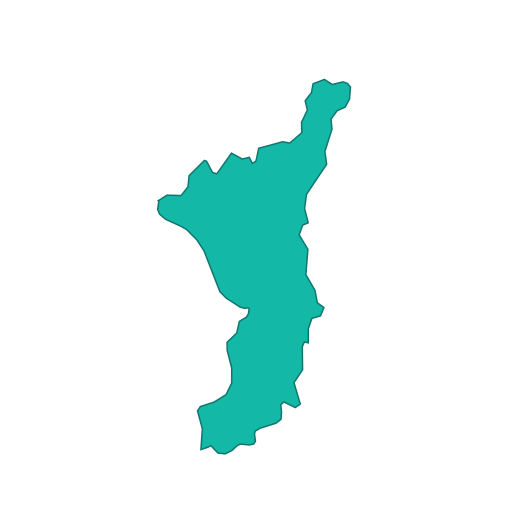 an SVG outline of Strabane, rotated 300°
{"feature_id": "GBR-2135", "entity_name": "Strabane", "entity_type": "District", "adm_level": 1, "iso_a3": "GBR", "parent_name": "United Kingdom", "parent_adm1": "", "projection": "orthographic", "projection_center": [-7.446, 54.773], "detail": "fine", "context": "isolated", "style": "filled", "palette": "teal", "viewbox_px": 512, "rotation_deg": 300, "n_neighbors": 0, "source": "natural_earth", "source_scale": "10m", "svg_char_len": 1393}
<svg xmlns="http://www.w3.org/2000/svg" viewBox="0 0 512 512"><g transform="rotate(300 256 256)"><path d="M202.1,278.4L207.1,276.3L207.1,274.9L205.1,272.7L203.8,267.8L204.6,251.4L207.0,242.6L234.4,208.5L240.3,196.9L244.2,182.8L244.2,176.0L242.6,159.3L244.0,151.6L247.1,147.6L254.6,144.5L255.1,143.6L255.5,144.0L264.2,148.5L270.9,160.9L281.9,162.5L292.1,157.9L312.9,163.5L313.4,165.7L306.6,176.6L307.6,181.0L332.8,183.3L333.1,195.6L338.1,200.9L334.3,206.5L338.2,208.5L350.7,204.5L368.3,222.0L370.7,228.8L385.8,234.0L394.5,228.6L408.1,227.5L415.0,221.0L425.3,222.3L433.7,219.3L443.1,227.0L442.7,236.3L450.3,244.3L451.2,248.8L449.5,253.4L438.7,258.5L429.6,258.8L422.3,253.6L412.1,252.5L403.8,258.4L380.9,263.4L370.8,271.3L334.6,268.9L321.3,274.4L310.9,284.6L306.0,281.0L295.9,282.8L287.7,297.6L264.8,308.5L255.7,324.3L246.2,332.5L245.3,340.6L236.4,341.8L229.9,335.6L219.4,337.6L206.9,344.7L205.8,340.9L200.7,341.4L180.8,353.2L165.3,352.2L149.9,368.4L144.4,365.8L143.5,353.0L139.5,351.9L133.5,356.2L127.2,359.3L121.3,357.0L109.2,345.9L104.0,342.9L101.1,343.7L95.2,348.2L92.0,348.0L89.1,344.8L85.3,336.5L82.1,334.4L75.6,332.5L69.3,328.3L66.3,321.6L69.2,311.7L66.9,310.4L60.8,305.1L79.6,295.9L92.6,282.8L97.8,283.1L108.5,292.7L121.0,299.4L133.8,298.5L146.8,291.0L160.0,278.1L166.8,274.1L179.7,277.8L191.1,274.3L198.2,278.2L202.1,278.4Z" fill="#14b8a6" stroke="#0f766e" stroke-width="1.5"/></g></svg>